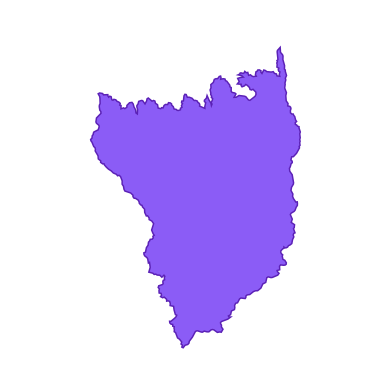 Taguatinga, Tocantins, Brazil (Mercator projection), rotated 278°
{"feature_id": "56859067B84121819426000", "entity_name": "Taguatinga", "entity_type": "district", "adm_level": 2, "iso_a3": "BRA", "parent_name": "Brazil", "parent_adm1": "Tocantins", "projection": "mercator", "projection_center": [-46.525, -12.349], "detail": "fine", "context": "isolated", "style": "filled", "palette": "violet", "viewbox_px": 384, "rotation_deg": 278, "n_neighbors": 0, "source": "geoboundaries", "source_scale": "gbopen_adm2", "svg_char_len": 6044}
<svg xmlns="http://www.w3.org/2000/svg" viewBox="0 0 384 384"><g transform="rotate(278 192 192)"><path d="M137.3,293.4L138.0,291.4L141.0,290.3L142.4,290.6L143.2,289.3L144.5,288.3L146.1,288.2L148.3,289.7L149.0,290.8L150.3,290.7L149.6,291.9L149.9,293.1L150.7,294.3L152.3,295.0L153.2,296.5L154.8,298.0L158.9,298.2L161.7,299.1L163.5,298.2L165.2,298.5L165.9,299.7L169.8,297.6L171.0,298.2L173.9,298.1L175.7,294.5L179.1,295.1L183.3,292.5L184.7,293.0L187.0,295.8L188.3,296.6L191.5,297.3L193.3,298.2L195.4,298.0L196.9,297.6L196.5,296.2L199.6,293.4L201.7,292.2L204.0,292.2L207.3,289.8L210.5,289.9L213.9,291.3L215.3,291.3L223.1,288.8L226.2,285.9L229.0,285.2L230.6,285.8L233.7,286.2L235.0,287.2L236.5,286.9L237.5,285.5L240.7,285.8L241.1,287.5L244.8,290.1L250.6,292.3L252.1,291.8L253.2,292.5L255.8,291.8L257.3,292.0L258.8,291.4L260.8,291.6L264.6,290.6L266.5,290.9L270.2,289.1L271.6,288.9L271.9,287.3L273.0,286.3L273.3,285.0L275.0,284.6L276.4,285.8L277.7,284.6L281.1,283.2L282.0,282.1L283.3,281.4L283.1,280.1L284.1,278.5L286.3,278.1L288.2,278.4L289.6,277.9L290.4,276.9L290.6,274.8L293.0,274.8L295.4,272.6L300.4,271.5L303.5,271.7L307.9,269.3L311.5,269.3L312.9,268.9L316.0,269.3L317.7,268.6L320.5,269.4L324.5,267.6L325.8,267.4L326.6,266.4L330.0,266.1L335.7,263.6L339.3,263.2L340.6,262.5L342.6,260.2L347.5,259.2L344.1,256.9L342.7,256.8L335.0,258.7L334.0,257.8L332.8,258.5L331.6,258.0L330.0,258.6L327.5,258.7L326.7,260.7L325.0,260.4L323.7,261.1L323.2,262.3L320.3,262.1L318.8,262.8L318.8,260.0L320.7,259.2L320.9,257.2L322.5,255.7L321.8,253.8L321.6,249.2L322.5,247.9L322.8,246.1L319.1,244.8L320.3,243.5L321.6,243.5L322.3,241.9L322.0,240.2L320.6,239.6L319.9,238.6L316.9,238.5L315.6,239.5L314.8,236.5L315.3,234.9L316.2,233.6L315.4,231.8L318.2,230.6L317.7,229.1L318.8,227.5L317.2,227.0L316.5,226.0L316.8,224.6L316.6,223.2L315.3,222.7L314.4,221.3L314.2,224.9L312.9,226.8L312.1,223.9L310.9,221.4L307.9,223.4L305.3,221.8L305.5,225.7L304.2,225.8L303.1,226.9L304.4,229.2L306.0,230.3L305.3,231.9L303.5,234.3L301.6,235.2L301.3,236.8L302.2,238.1L299.8,241.3L297.6,241.8L295.6,241.2L290.8,236.6L291.0,235.1L293.9,232.0L294.2,230.4L294.1,225.1L292.0,222.6L291.6,220.5L295.2,221.9L296.0,220.7L296.2,217.9L297.1,216.8L300.9,216.3L301.5,214.9L303.0,214.6L306.6,211.0L306.9,209.7L308.5,208.9L308.5,207.0L307.6,204.7L309.3,204.8L310.8,204.2L310.2,202.9L307.8,201.6L307.5,199.8L306.6,198.4L303.5,197.9L301.0,195.7L297.8,196.3L295.6,195.7L292.5,196.9L291.2,196.9L289.7,198.1L288.3,198.0L287.5,199.4L286.0,199.4L282.6,198.4L285.5,196.0L289.6,193.5L286.9,193.2L284.6,191.5L283.3,191.7L282.4,193.1L278.1,192.8L276.6,193.1L278.1,187.6L279.4,187.6L280.8,186.9L281.6,185.3L282.8,184.6L283.2,182.9L282.9,181.4L284.9,178.9L285.5,175.9L285.1,174.2L287.7,172.7L287.8,171.4L286.2,170.7L281.0,170.8L280.6,169.2L278.9,169.2L278.2,170.3L275.9,169.5L274.6,170.3L273.3,168.9L271.8,169.1L270.9,167.4L270.8,166.0L271.6,164.9L271.7,162.7L273.9,161.6L275.2,159.8L276.4,159.5L277.2,158.2L277.2,156.3L275.2,155.7L275.0,153.5L273.8,152.3L271.2,151.6L271.3,150.2L270.2,149.5L270.4,146.8L273.7,145.7L274.7,143.5L276.9,142.6L277.3,141.2L276.4,139.8L279.0,135.6L278.0,134.5L275.9,134.4L272.7,133.2L275.6,130.4L275.6,129.1L274.3,126.6L271.6,126.3L270.0,125.4L268.7,125.5L266.3,126.6L261.7,127.0L262.5,125.5L265.5,124.7L268.2,122.7L271.0,121.5L272.4,120.1L271.7,117.7L268.7,115.5L266.9,115.7L265.2,113.9L265.8,112.6L264.5,110.1L267.8,109.7L268.0,108.4L269.8,108.6L270.9,107.0L271.3,105.2L272.7,103.7L272.9,101.7L271.9,101.0L272.2,99.8L275.2,98.6L275.4,97.2L274.3,96.3L275.4,95.4L276.7,95.1L275.9,90.8L277.1,89.8L277.2,86.7L276.2,85.4L273.7,87.3L271.9,87.8L266.8,88.7L265.1,88.2L263.5,88.3L260.2,89.3L259.0,90.5L257.2,90.9L252.0,87.1L248.0,87.1L246.8,87.8L245.1,90.5L243.6,91.0L240.5,90.4L237.8,86.5L236.5,86.1L235.2,86.2L234.0,85.4L231.2,85.4L230.0,84.3L228.6,84.8L227.4,86.0L223.3,88.4L222.5,89.7L220.9,90.4L219.2,90.4L214.8,93.9L211.7,94.6L210.1,97.3L208.6,97.4L207.4,99.7L207.7,100.9L206.5,101.6L204.6,103.8L203.0,106.1L201.6,109.2L199.9,111.4L199.0,114.7L197.7,116.0L198.4,117.5L197.3,119.1L193.3,121.3L190.0,121.7L188.2,123.3L185.2,124.3L183.6,125.4L182.5,131.4L180.6,134.0L179.1,134.2L177.8,135.5L177.8,137.1L176.5,139.8L174.9,141.0L173.6,141.3L172.1,142.9L171.8,144.4L170.4,145.0L168.4,147.4L165.2,148.0L161.9,150.1L162.3,151.3L160.4,153.1L158.7,153.4L157.7,156.2L155.3,158.4L148.7,157.3L145.3,159.3L143.9,160.6L142.7,159.4L141.2,160.0L139.8,159.2L139.3,157.2L137.6,156.8L136.3,155.9L133.2,155.9L130.6,154.6L125.9,154.3L125.1,152.8L123.6,153.1L122.2,154.0L120.7,156.6L119.5,157.5L115.6,158.7L116.4,159.7L111.6,161.1L106.6,160.4L106.1,164.6L105.1,166.0L105.6,167.6L104.9,169.0L105.1,171.7L103.4,174.0L105.7,175.8L104.8,176.8L103.3,176.5L101.3,177.1L100.5,175.8L99.0,175.6L97.2,176.2L96.2,175.5L94.5,172.1L92.7,171.8L91.5,173.2L90.0,173.0L87.4,173.5L87.3,175.5L85.5,176.2L84.0,175.4L83.2,177.7L84.0,179.1L82.2,181.8L80.4,182.1L80.9,183.5L80.5,185.1L78.5,186.0L76.5,186.1L76.2,189.7L72.6,190.7L68.3,192.6L67.9,194.0L66.3,193.6L64.6,192.4L61.0,189.1L60.9,187.8L59.3,188.2L58.2,189.6L58.2,191.3L56.4,191.6L56.1,193.2L54.7,193.1L53.2,193.7L51.2,193.8L50.5,195.3L45.5,198.0L44.5,200.1L42.0,202.7L39.9,202.3L39.0,203.9L37.0,203.5L36.5,204.9L39.3,206.5L40.4,209.0L41.8,210.0L43.8,210.1L48.3,212.6L54.1,214.7L55.0,215.6L55.3,216.9L54.6,220.7L54.7,222.0L55.9,223.4L55.6,226.4L55.9,228.2L58.2,230.2L58.7,231.6L58.5,232.9L56.5,236.6L57.3,239.0L57.2,240.5L60.4,241.8L62.5,239.9L64.3,239.7L65.5,238.7L66.8,238.4L68.0,239.5L71.1,245.2L73.6,247.7L73.4,246.1L74.3,245.3L75.9,247.3L79.7,247.6L81.5,250.4L83.5,250.5L85.4,250.0L87.1,250.4L88.1,251.0L88.6,252.5L92.8,254.0L93.8,255.2L93.9,259.5L95.0,260.0L96.6,259.9L97.8,261.0L98.5,263.5L102.0,266.8L103.0,268.6L103.4,270.8L104.7,272.0L106.4,273.6L110.8,274.9L112.7,277.6L117.6,278.0L118.6,279.3L118.2,282.1L118.6,283.5L121.6,288.5L123.6,289.5L124.9,287.8L126.1,287.2L127.2,289.7L130.7,289.0L132.1,289.8L132.2,292.9L132.6,294.4L133.5,295.3L135.0,295.3L137.3,293.4ZM282.6,198.4L281.9,199.6L280.3,199.2L282.6,198.4Z" fill="#8b5cf6" stroke="#5b21b6" stroke-width="1.5"/></g></svg>